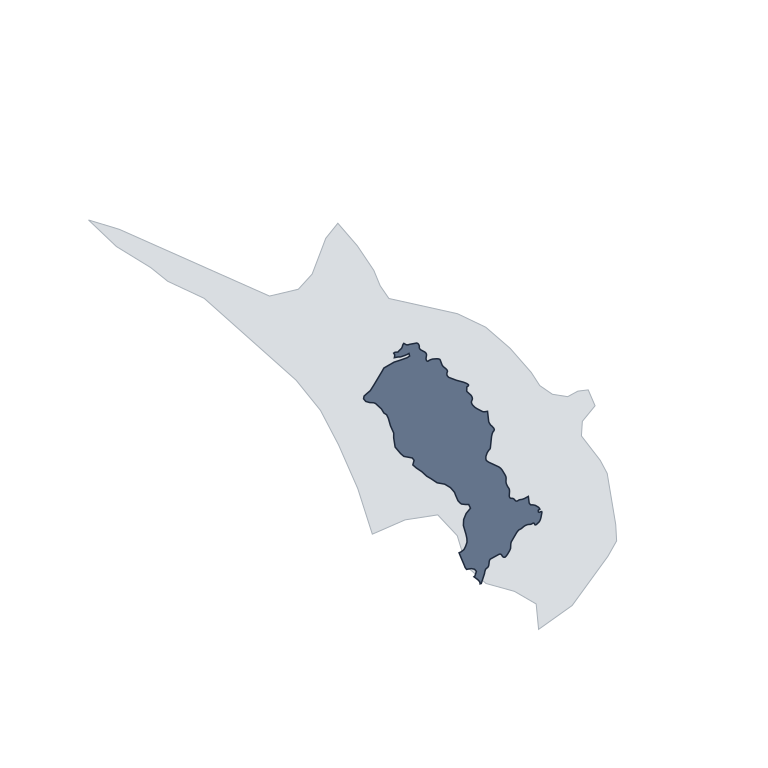 Nicosia highlighted on a map of Cyprus, rotated 240°
{"feature_id": "CYP-3464", "entity_name": "Nicosia", "entity_type": "District", "adm_level": 1, "iso_a3": "CYP", "parent_name": "Cyprus", "parent_adm1": "", "projection": "orthographic", "projection_center": [33.02, 35.04], "detail": "fine", "context": "in_parent", "style": "filled", "palette": "slate", "viewbox_px": 768, "rotation_deg": 240, "n_neighbors": 0, "source": "natural_earth", "source_scale": "10m", "svg_char_len": 4095}
<svg xmlns="http://www.w3.org/2000/svg" viewBox="0 0 768 768"><g transform="rotate(240 384 384)"><path d="M539.3,406.4L546.3,424.4L517.0,430.0L487.5,432.0L471.0,429.8L455.6,431.0L408.1,482.8L382.3,500.5L351.7,511.1L320.4,517.3L304.7,518.1L290.9,524.7L281.2,536.7L280.9,548.3L276.8,557.9L259.6,555.9L252.5,537.1L240.3,529.0L209.8,533.1L195.0,532.6L146.4,514.4L131.8,507.0L122.8,491.7L98.1,436.2L94.2,395.2L117.4,405.8L139.2,393.3L160.2,372.6L185.1,364.2L200.6,368.0L216.0,371.6L243.8,365.1L255.8,334.3L259.8,298.8L306.6,309.0L354.0,314.2L392.9,315.8L431.2,309.8L548.1,271.1L581.0,248.1L601.4,240.2L636.8,221.0L673.8,210.1L650.3,232.1L517.4,328.8L508.9,357.2L515.1,376.7L534.2,400.2L539.3,406.4Z" fill="#d9dde1" stroke="#a8b0b8" stroke-width="1"/><path d="M381.4,358.9L383.5,360.7L384.3,364.4L385.1,368.8L388.3,374.9L391.2,380.1L396.1,388.9L397.9,391.9L397.9,397.6L397.9,403.7L396.6,409.6L395.2,417.3L395.4,420.2L398.0,420.9L398.0,419.0L398.4,415.8L399.2,411.8L400.4,409.6L401.6,406.1L402.1,406.6L403.9,407.9L405.9,407.8L406.0,409.4L404.7,412.0L405.3,413.7L406.1,417.0L406.7,417.9L407.4,418.8L408.3,419.6L409.1,420.9L409.3,421.5L407.0,422.8L406.4,423.5L405.9,424.4L405.6,425.9L403.1,432.9L402.1,433.6L401.0,433.8L399.8,433.7L398.7,433.3L397.9,432.7L396.7,432.5L395.2,432.9L391.2,435.4L389.8,435.8L388.6,435.7L387.6,435.2L385.3,433.3L384.6,432.9L383.7,432.6L382.4,432.7L381.9,433.1L381.7,433.8L381.9,434.7L381.8,436.4L381.3,438.6L379.4,442.5L378.3,444.0L377.3,444.7L376.2,444.6L371.3,443.8L369.5,444.0L366.4,445.2L364.6,445.6L363.3,445.4L362.0,443.9L361.0,443.3L359.8,442.9L357.5,443.3L351.1,448.5L345.8,453.8L343.1,455.9L341.2,456.8L340.4,456.4L340.1,455.6L340.1,454.8L339.9,454.1L339.3,453.8L337.9,453.0L337.1,452.4L336.1,452.0L330.9,453.7L329.7,453.8L328.5,453.7L327.4,453.4L326.5,452.8L325.3,451.2L324.4,450.5L323.1,450.2L321.5,450.2L318.5,451.0L316.3,452.1L311.4,455.2L310.5,455.9L309.9,456.8L309.5,457.6L308.6,460.0L298.9,455.8L297.3,455.7L295.1,455.8L293.6,456.4L290.7,457.0L289.3,456.7L288.5,455.8L288.2,454.7L287.0,453.0L284.9,451.0L275.4,444.1L274.9,443.5L274.6,443.0L274.4,442.1L273.8,440.7L272.8,438.9L270.3,436.0L268.5,434.9L267.0,434.4L265.8,434.7L263.9,435.6L254.8,442.0L252.7,442.9L250.5,443.3L244.9,443.4L243.1,443.3L241.6,442.8L238.3,440.7L236.6,440.1L234.9,439.9L233.2,439.8L231.0,440.0L229.6,439.7L228.2,439.0L224.3,436.4L222.9,436.1L221.8,436.4L220.6,438.3L219.8,438.9L218.8,439.2L217.6,439.4L216.6,439.8L216.1,440.6L216.0,441.6L216.1,442.7L215.9,443.8L215.0,446.0L214.8,447.2L214.6,448.4L214.5,452.8L208.3,450.2L207.2,450.3L205.9,450.7L205.4,451.7L204.5,453.0L203.2,454.4L200.2,456.1L198.5,456.5L197.5,456.3L197.5,455.7L197.7,455.0L197.5,454.4L196.0,453.7L195.3,454.1L195.1,454.9L195.1,455.8L194.7,456.8L194.1,456.7L193.4,456.2L192.6,455.5L189.8,453.1L188.4,451.6L187.6,450.5L187.0,449.4L186.2,446.2L186.1,445.2L186.2,444.8L186.6,444.3L188.2,444.4L188.7,444.1L189.0,443.3L189.0,441.5L189.2,440.7L190.1,438.9L190.5,437.9L190.7,436.5L190.8,435.2L190.7,433.9L190.3,431.7L190.1,430.6L190.2,427.7L189.7,426.3L189.0,424.6L183.6,415.2L182.2,413.9L178.3,411.4L176.8,409.4L174.7,405.7L173.9,403.8L173.5,402.3L173.9,401.3L174.6,400.7L175.6,400.4L176.8,400.4L177.9,400.2L178.6,399.6L179.0,398.6L179.2,388.5L178.6,387.3L177.6,386.3L176.3,385.4L174.2,383.7L173.3,382.2L173.0,380.0L172.4,378.9L170.9,377.3L169.6,376.3L162.6,368.5L162.9,367.3L163.4,367.6L165.0,368.0L167.6,367.4L172.1,365.5L172.3,366.8L175.5,370.3L178.3,369.8L180.5,367.3L181.8,363.9L182.1,362.8L184.6,362.5L187.0,362.9L195.2,363.9L200.3,364.6L200.1,366.6L200.6,370.4L202.7,373.6L205.5,376.8L208.7,378.5L212.7,379.8L221.8,382.0L226.8,385.2L230.8,390.4L233.2,396.8L237.3,397.1L238.9,394.3L241.3,391.1L242.9,390.4L245.9,389.7L252.0,390.4L254.8,390.9L257.8,390.4L261.1,389.7L266.9,386.5L271.9,380.6L278.4,377.4L282.8,374.9L289.2,372.9L295.1,370.0L299.5,368.5L302.9,371.9L305.8,371.5L311.4,365.0L315.4,363.6L323.8,362.1L332.6,365.5L336.7,367.9L344.6,368.7L352.1,370.6L356.1,370.9L358.9,369.4L363.7,369.3L371.4,366.9L373.0,365.6L375.0,362.4L378.0,359.5L381.4,358.9Z" fill="#64748b" stroke="#1e293b" stroke-width="1.5"/></g></svg>